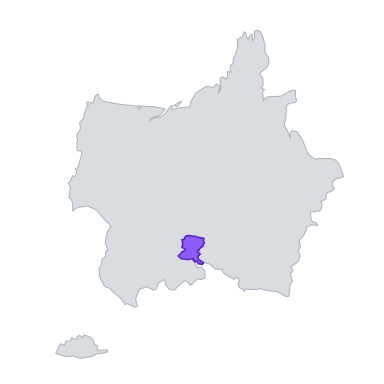 where Ain sits in France, rotated 84°
{"feature_id": "FRA-5262", "entity_name": "Ain", "entity_type": "Metropolitan department", "adm_level": 1, "iso_a3": "FRA", "parent_name": "France", "parent_adm1": "", "projection": "orthographic", "projection_center": [5.485, 46.077], "detail": "fine", "context": "in_parent", "style": "filled", "palette": "violet", "viewbox_px": 384, "rotation_deg": 84, "n_neighbors": 0, "source": "natural_earth", "source_scale": "10m", "svg_char_len": 6241}
<svg xmlns="http://www.w3.org/2000/svg" viewBox="0 0 384 384"><g transform="rotate(84 192 192)"><path d="M296.3,150.4L293.7,151.9L292.2,154.8L290.6,155.5L287.6,155.6L286.1,153.9L282.6,155.1L281.2,157.0L283.4,159.2L276.4,168.6L271.9,171.1L271.0,177.2L265.6,181.8L263.7,186.6L263.5,187.6L264.9,189.2L264.3,192.3L261.6,194.3L261.6,196.3L262.4,196.6L266.6,195.0L268.2,193.1L267.3,190.6L271.5,187.5L279.0,188.1L280.0,192.2L279.1,195.7L284.7,203.1L280.0,206.7L279.7,209.1L284.8,216.5L287.9,219.6L286.3,224.7L281.2,228.1L277.8,227.9L276.4,228.7L276.6,230.3L279.0,234.9L284.7,237.7L285.6,241.2L284.0,242.5L281.5,247.8L282.7,250.3L282.3,251.5L282.9,253.3L284.4,255.0L292.4,259.3L299.6,258.3L300.6,260.8L296.3,267.8L296.7,270.9L294.4,271.0L294.1,272.0L289.7,274.4L282.6,281.5L279.2,283.6L277.9,287.1L275.9,289.1L265.5,293.2L263.6,292.3L258.5,292.5L255.3,290.0L249.2,288.4L247.2,284.7L241.6,284.0L241.3,281.6L233.3,283.7L222.2,280.2L218.3,276.6L215.1,277.5L212.2,280.6L199.9,288.8L194.9,297.4L195.5,307.6L198.2,312.7L190.8,311.7L186.3,313.0L185.1,315.1L174.7,312.2L170.7,314.1L169.7,313.9L168.4,311.7L163.3,309.1L164.2,307.5L163.6,305.9L158.8,304.5L157.1,305.9L155.4,302.8L142.1,297.4L139.9,297.4L138.8,301.9L130.1,301.2L128.9,300.3L123.3,300.9L117.6,296.2L111.0,296.5L107.3,291.8L103.4,291.2L98.0,288.5L95.6,287.1L95.4,285.7L93.6,287.6L91.6,287.0L91.2,286.3L92.7,284.0L93.2,281.2L86.5,278.4L84.9,276.2L84.9,275.1L88.7,274.5L92.4,270.9L96.7,256.8L100.3,240.1L102.3,237.0L104.4,236.3L102.9,233.9L100.6,236.7L103.2,221.3L106.5,209.9L111.7,215.1L112.8,217.3L114.0,224.4L116.9,227.5L115.1,224.5L113.8,215.1L112.7,212.4L104.4,204.0L104.3,202.2L108.1,203.4L107.0,197.5L107.1,185.3L101.9,183.7L93.9,177.7L88.9,167.9L88.6,164.4L90.4,160.9L89.3,158.4L87.0,156.6L89.2,153.6L91.0,153.5L96.8,155.8L92.2,152.4L84.1,152.6L81.0,151.3L80.7,149.0L83.1,146.5L80.6,144.4L76.0,144.4L75.6,143.6L77.1,141.7L76.1,140.8L72.3,141.2L70.2,140.3L68.5,137.8L62.6,136.7L61.4,135.2L53.5,131.6L44.9,131.0L43.0,126.1L38.1,123.3L39.3,122.0L44.7,121.3L45.9,120.1L42.4,117.8L41.3,115.7L48.2,116.2L45.4,113.8L38.6,113.1L38.1,110.2L39.3,107.6L43.6,105.6L53.6,104.0L60.7,104.8L66.0,102.1L71.1,101.8L75.6,103.9L81.1,112.5L86.5,109.5L94.1,110.4L95.4,112.5L97.8,109.1L99.3,111.3L108.6,111.5L106.6,109.9L105.2,106.3L106.0,93.9L102.1,84.4L101.3,81.1L101.8,78.3L107.2,79.3L111.8,78.5L113.9,79.5L113.9,85.3L115.5,88.9L128.0,90.9L135.2,93.3L141.6,90.4L147.4,89.3L147.9,88.5L144.6,88.6L141.7,87.0L141.4,85.5L143.3,81.0L152.3,76.5L165.3,73.0L168.7,70.4L172.7,65.4L171.9,64.1L173.2,50.1L175.3,45.7L180.2,42.6L192.5,39.7L193.8,44.2L193.6,46.7L196.7,50.8L198.3,52.0L203.7,50.1L206.1,53.8L206.8,58.0L213.2,59.8L214.9,65.2L216.1,64.1L220.2,64.4L222.0,64.9L224.6,67.3L223.8,70.5L224.9,72.1L223.7,75.0L224.5,76.3L232.0,76.4L234.2,75.1L235.3,72.1L237.6,70.4L238.4,70.9L236.9,76.5L238.0,77.9L238.5,81.9L241.3,82.2L246.8,85.4L251.5,90.6L257.2,89.8L261.8,92.7L266.5,91.1L270.9,92.7L272.5,94.1L276.8,101.4L279.9,99.9L282.2,100.7L283.0,102.8L291.5,101.4L293.1,103.4L294.9,104.2L305.8,106.6L306.0,109.4L300.0,117.4L297.5,128.7L295.8,132.6L295.2,135.6L295.7,137.5L295.5,140.5L294.4,147.9L295.2,150.0L296.3,150.4ZM343.2,299.4L342.9,304.0L344.7,307.2L345.9,320.5L342.7,327.0L342.4,334.8L338.4,344.3L331.4,340.5L329.2,338.3L331.0,334.7L326.9,332.9L327.7,329.5L327.2,327.8L324.5,327.7L324.3,326.8L326.2,324.1L326.1,322.5L323.4,320.5L322.8,318.7L325.3,316.6L324.1,314.8L322.7,314.4L325.9,308.2L328.1,306.3L333.4,304.4L335.5,302.0L339.0,303.1L339.5,302.4L340.2,292.8L341.4,292.6L342.6,293.9L343.2,299.4ZM105.3,198.0L104.3,200.7L101.4,195.7L101.1,193.1L105.3,198.0Z" fill="#d9dde1" stroke="#a8b0b8" stroke-width="1"/><path d="M264.8,190.6L264.5,191.3L264.4,191.6L264.3,192.5L264.3,192.8L264.3,193.1L264.2,193.3L263.7,193.5L263.4,193.5L263.3,193.4L263.2,193.4L261.9,194.1L261.3,194.4L261.3,194.8L261.5,195.2L261.9,195.7L261.8,196.0L261.6,196.3L261.4,197.0L261.0,197.1L260.6,197.0L260.4,197.1L260.2,197.2L259.9,197.8L259.8,198.0L259.5,198.2L259.3,198.1L259.1,197.8L258.9,197.6L258.4,198.1L258.4,199.5L258.8,202.0L258.8,203.0L258.6,204.3L257.9,206.4L257.8,207.1L257.6,207.5L257.6,207.8L257.5,208.0L257.5,208.3L257.5,208.5L257.4,208.8L257.4,209.0L257.3,209.3L257.3,209.5L257.2,209.6L257.1,209.8L257.0,210.0L256.9,210.1L256.7,210.2L256.5,210.3L256.0,210.6L255.6,211.0L254.9,211.9L254.4,212.3L254.0,212.3L253.6,212.0L252.8,210.5L252.4,210.0L250.9,208.6L250.2,207.7L249.9,206.5L249.9,206.4L250.0,206.4L249.9,206.2L248.8,205.1L248.5,204.9L248.3,204.9L248.2,205.0L247.7,205.3L247.4,205.7L246.4,207.4L246.0,207.7L245.6,207.9L245.2,207.8L244.6,207.3L244.0,207.1L243.3,206.7L243.0,206.6L242.6,206.6L241.8,206.8L241.5,206.8L240.2,206.6L239.8,206.6L239.2,206.9L238.5,207.0L238.5,206.4L238.3,205.5L238.4,205.0L237.9,204.8L237.5,204.3L237.0,203.9L236.4,204.0L236.3,203.5L235.9,203.2L235.8,202.9L235.7,202.8L235.1,202.6L234.9,202.4L234.9,202.1L235.1,201.1L235.0,200.4L234.9,199.8L234.9,199.2L235.2,198.6L235.4,197.7L235.5,197.3L235.9,196.6L236.0,196.3L236.0,195.7L236.0,195.4L235.9,195.1L236.0,195.0L236.1,194.7L236.4,193.2L236.5,193.0L237.7,190.5L237.7,190.3L237.8,190.2L237.7,189.9L237.8,189.6L238.0,189.3L238.3,188.6L238.4,188.4L238.4,188.1L238.6,187.0L238.6,186.9L238.9,186.2L239.1,185.7L239.1,185.3L239.2,185.2L239.3,185.1L239.6,185.0L239.9,185.1L240.2,185.2L241.0,185.6L241.4,185.6L241.9,185.6L243.2,185.1L243.9,185.0L244.1,185.1L244.4,185.2L244.7,185.5L245.1,186.0L245.7,186.4L247.2,186.8L247.2,187.9L247.4,188.3L248.0,188.4L248.2,188.6L248.4,188.8L248.5,189.1L248.5,189.4L248.6,189.8L248.8,190.0L249.0,190.2L249.5,190.3L249.7,190.5L250.0,190.9L250.2,191.0L250.7,191.0L250.8,191.2L250.8,191.4L250.7,191.6L250.7,191.8L250.7,192.1L250.7,192.4L250.8,192.6L251.0,192.8L251.6,192.9L251.8,192.7L252.4,192.4L252.5,192.3L252.8,192.0L252.8,191.9L253.0,191.8L253.3,191.7L253.5,191.6L253.5,191.3L253.6,191.2L253.8,191.0L254.1,190.7L254.6,190.3L255.6,191.3L255.9,191.6L255.9,191.9L255.9,192.1L256.0,192.4L256.2,192.5L256.4,192.6L258.7,192.7L259.2,192.6L259.4,192.5L259.6,192.4L260.4,191.8L260.5,191.6L260.6,191.4L260.8,191.2L261.0,191.1L261.2,190.9L261.4,190.4L261.5,190.2L262.3,189.4L262.4,189.2L262.6,188.9L263.5,187.9L264.5,188.6L264.9,188.9L265.1,189.4L265.2,189.8L264.8,190.6Z" fill="#8b5cf6" stroke="#5b21b6" stroke-width="1.5"/></g></svg>